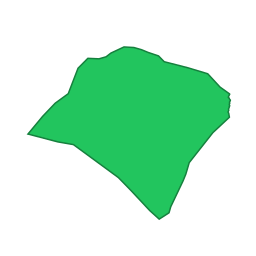 Ceel, Govi-Altay, Mongolia (Mercator projection), rotated 16°
{"feature_id": "93677404B88307122789623", "entity_name": "Ceel", "entity_type": "district", "adm_level": 2, "iso_a3": "MNG", "parent_name": "Mongolia", "parent_adm1": "Govi-Altay", "projection": "mercator", "projection_center": [96.016, 45.422], "detail": "fine", "context": "isolated", "style": "filled", "palette": "green", "viewbox_px": 256, "rotation_deg": 16, "n_neighbors": 0, "source": "geoboundaries", "source_scale": "gbopen_adm2", "svg_char_len": 1067}
<svg xmlns="http://www.w3.org/2000/svg" viewBox="0 0 256 256"><g transform="rotate(16 128 128)"><path d="M183.1,207.0L190.8,198.2L190.8,191.9L195.5,163.7L196.3,156.4L196.4,144.4L210.9,109.0L222.5,89.7L222.3,89.2L221.7,88.1L221.1,86.8L220.8,86.2L220.5,85.8L220.0,85.4L219.8,85.0L219.8,84.6L219.9,83.9L220.0,83.2L219.7,82.7L219.4,82.0L219.4,81.6L219.5,81.2L219.6,80.8L219.6,80.4L219.5,80.0L219.4,79.4L219.7,78.7L219.3,78.2L219.1,77.8L218.8,77.3L218.8,77.2L218.8,76.9L218.9,76.4L219.0,76.2L218.9,76.0L218.8,75.7L218.5,75.4L218.4,75.1L218.5,74.6L218.7,74.1L218.8,73.5L218.7,73.0L218.3,72.7L217.8,72.4L217.3,71.9L217.1,71.4L216.9,71.3L216.2,71.2L215.9,70.8L216.0,70.1L216.0,69.6L216.2,69.0L216.2,68.4L216.4,67.8L216.4,67.5L216.1,67.3L216.1,67.2L205.2,63.3L189.7,53.9L169.2,53.6L144.5,54.3L137.5,50.3L126.5,49.8L119.4,49.0L111.5,49.0L101.8,51.2L90.9,60.7L87.3,65.6L81.0,69.5L70.2,72.1L63.5,84.3L61.1,111.5L51.2,124.2L42.7,140.4L33.5,161.4L64.3,160.7L80.1,159.0L132.4,178.3L147.3,186.8L171.7,201.4L183.1,207.0Z" fill="#22c55e" stroke="#15803d" stroke-width="1.5"/></g></svg>